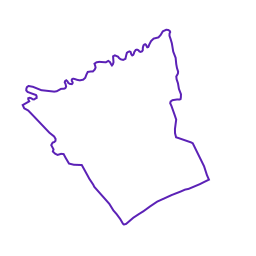 outline of Empalme Olmos, Canelones, Uruguay, rotated 62°
{"feature_id": "84410073B65254992067922", "entity_name": "Empalme Olmos", "entity_type": "district", "adm_level": 2, "iso_a3": "URY", "parent_name": "Uruguay", "parent_adm1": "Canelones", "projection": "albers", "projection_center": [-55.905, -34.652], "detail": "fine", "context": "isolated", "style": "outline", "palette": "violet", "viewbox_px": 256, "rotation_deg": 62, "n_neighbors": 0, "source": "geoboundaries", "source_scale": "gbopen_adm2", "svg_char_len": 2264}
<svg xmlns="http://www.w3.org/2000/svg" viewBox="0 0 256 256"><g transform="rotate(62 128 128)"><path d="M164.1,185.4L186.2,180.1L194.0,179.6L198.6,178.5L204.7,177.6L210.2,177.4L211.3,176.9L211.8,174.7L209.7,165.3L209.1,158.8L208.7,153.1L207.6,145.4L206.7,136.7L207.7,120.7L208.8,111.5L209.2,106.5L210.2,103.1L211.3,90.9L211.4,86.2L211.6,80.8L206.5,80.4L197.5,78.8L171.9,78.0L170.4,79.0L160.4,88.3L158.8,89.9L154.6,88.9L150.9,87.0L143.2,81.5L138.4,80.7L129.0,79.3L125.9,79.1L124.6,77.9L124.3,75.7L125.9,71.1L127.0,69.3L127.2,68.1L126.0,67.1L123.1,65.4L117.4,64.7L112.0,62.9L107.8,62.2L105.2,61.2L103.4,58.4L101.8,57.3L98.0,56.6L94.2,55.4L88.4,53.0L81.8,52.2L73.7,49.5L69.3,48.6L66.1,48.1L64.1,47.0L63.1,45.7L61.9,45.6L60.4,46.4L59.2,48.1L59.0,51.9L61.2,55.5L62.3,58.6L61.1,63.4L62.1,66.9L62.9,68.0L63.7,69.2L64.5,70.3L65.4,71.3L66.0,72.1L65.8,73.1L65.4,73.2L64.1,73.1L62.9,73.1L62.1,73.5L62.0,74.4L62.3,75.5L63.3,76.5L64.2,77.3L66.2,78.4L66.9,79.6L66.7,81.2L65.8,82.0L64.2,82.3L63.0,83.3L62.7,84.5L63.2,85.5L64.0,87.0L64.9,87.7L65.9,89.1L65.9,90.2L64.7,90.5L63.4,90.3L62.1,90.0L61.1,90.7L60.9,92.3L61.1,93.7L62.9,95.4L65.7,97.8L65.6,100.3L64.2,101.9L63.7,102.3L62.0,103.1L60.4,103.3L57.7,105.5L57.7,107.5L60.3,108.7L63.1,109.9L64.6,111.4L65.2,112.8L63.9,113.0L61.3,113.0L59.5,113.9L59.6,116.7L58.3,118.8L56.1,122.3L55.2,125.0L55.5,127.4L57.9,127.8L59.5,128.3L60.8,130.0L61.6,132.5L60.6,134.4L59.6,137.2L61.3,139.6L63.6,142.2L64.3,144.9L63.3,148.2L61.6,150.3L59.6,152.2L58.7,153.3L58.6,154.3L59.2,155.2L60.1,155.5L61.7,155.4L62.6,156.1L62.9,157.0L61.7,158.7L60.0,159.6L58.5,159.5L56.9,160.1L57.0,161.4L57.9,162.4L59.9,162.5L62.4,163.2L63.4,164.6L63.3,166.0L62.8,167.0L62.0,168.8L62.1,173.6L61.3,176.0L53.9,186.8L47.0,192.6L44.2,196.1L44.5,198.1L45.6,199.3L47.1,200.2L49.1,199.7L55.8,193.7L57.1,193.8L58.6,194.6L58.5,195.7L58.7,197.4L58.1,198.5L56.3,199.5L55.1,200.7L54.9,202.1L55.9,202.6L58.1,202.7L58.3,210.2L61.9,210.4L65.7,207.9L70.9,206.4L95.3,199.6L100.8,197.2L103.7,197.1L105.3,198.1L105.8,199.7L105.5,201.3L106.1,202.4L107.1,203.8L111.9,203.8L113.5,205.4L116.5,204.4L118.7,202.8L119.4,199.2L120.8,197.1L124.8,197.1L131.7,196.8L135.0,193.1L139.0,186.2L151.7,186.0L154.6,186.0L161.7,185.3L164.1,185.4Z" fill="none" stroke="#5b21b6" stroke-width="2"/></g></svg>